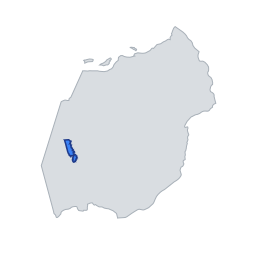 Itilima, Simiyu, United Republic of Tanzania (highlighted), rotated 255°
{"feature_id": "72390352B56378812232391", "entity_name": "Itilima", "entity_type": "district", "adm_level": 2, "iso_a3": "TZA", "parent_name": "United Republic of Tanzania", "parent_adm1": "Simiyu", "projection": "robinson", "projection_center": [34.228, -2.888], "detail": "fine", "context": "in_parent", "style": "filled", "palette": "blue", "viewbox_px": 256, "rotation_deg": 255, "n_neighbors": 0, "source": "geoboundaries", "source_scale": "gbopen_adm2", "svg_char_len": 6419}
<svg xmlns="http://www.w3.org/2000/svg" viewBox="0 0 256 256"><g transform="rotate(255 128 128)"><path d="M97.8,181.3L95.3,179.8L93.0,178.9L91.2,177.9L90.3,176.9L88.6,176.6L87.1,176.4L85.7,175.5L82.8,175.1L82.5,174.5L82.4,173.2L81.9,172.8L80.9,172.5L79.7,172.5L79.1,172.7L78.7,172.6L77.7,171.8L76.8,170.8L76.5,169.2L75.2,168.2L73.7,167.3L69.5,167.4L68.8,167.2L67.8,166.4L66.6,165.0L65.7,163.5L64.8,161.4L64.0,158.6L59.1,147.3L58.6,145.2L57.7,142.8L56.1,139.9L54.5,137.8L52.2,135.8L49.7,133.9L48.4,132.6L45.7,127.3L45.2,124.8L44.8,122.2L45.0,121.2L46.6,117.9L46.7,116.9L46.5,115.7L45.7,113.0L44.7,109.8L42.6,104.0L42.3,102.5L42.4,101.4L43.6,95.5L43.6,94.7L48.4,94.8L51.9,92.2L55.0,88.3L55.6,86.7L56.9,84.2L58.1,83.0L58.6,82.1L59.3,79.7L60.9,78.0L62.5,76.7L62.2,75.8L62.4,75.4L63.2,74.8L64.9,74.2L65.2,72.9L65.2,71.4L65.0,70.6L65.0,69.6L64.8,69.1L63.7,69.0L62.0,68.2L60.7,67.9L59.7,67.5L59.4,67.2L59.3,66.3L60.0,64.0L59.3,63.1L60.9,59.3L61.3,58.9L61.9,58.8L62.8,58.4L63.7,58.3L64.5,58.4L65.0,58.2L65.5,57.8L65.9,56.5L66.2,54.4L66.0,52.7L65.3,51.3L65.1,49.3L65.5,46.5L65.2,44.3L64.5,42.4L63.7,41.4L62.4,40.9L60.5,38.1L59.9,36.7L60.0,35.9L60.7,35.5L61.9,35.6L63.1,35.3L64.1,34.6L65.2,34.3L65.7,34.5L114.1,34.5L170.6,70.2L170.8,70.6L171.3,73.7L171.2,74.7L170.3,76.5L170.0,77.4L170.0,78.1L170.3,78.3L171.0,78.4L171.6,78.8L171.9,79.2L172.3,80.5L173.0,81.2L194.4,98.7L194.9,98.9L194.6,100.4L193.4,104.0L193.3,105.5L192.8,107.2L192.4,108.4L191.1,113.4L190.1,115.3L188.6,119.6L188.4,123.0L189.2,125.4L189.5,127.6L191.1,129.7L192.4,130.5L193.3,131.5L194.9,133.8L195.8,136.0L198.7,137.1L199.8,139.7L199.4,141.4L198.0,142.9L196.8,145.2L195.8,148.3L195.8,153.0L196.4,152.3L197.9,153.5L198.1,156.9L196.5,161.0L196.1,162.9L196.0,164.5L197.1,169.3L198.8,171.8L198.7,172.6L198.2,173.2L201.1,177.6L200.9,181.4L202.0,184.3L202.4,186.9L203.1,188.8L203.3,190.2L202.4,191.7L204.5,192.1L205.7,193.3L206.3,194.5L207.9,194.4L208.7,195.2L209.9,195.9L212.5,197.9L213.2,198.8L213.7,199.8L206.3,206.0L203.7,207.6L201.8,208.4L199.8,208.8L197.9,209.7L196.1,211.3L193.8,212.1L190.9,212.1L188.0,213.1L183.3,216.4L180.6,214.6L178.5,214.0L176.1,214.1L174.6,214.3L174.0,214.7L173.6,215.8L173.2,217.6L171.6,219.3L168.7,220.9L166.1,221.6L163.8,221.1L162.2,220.5L161.3,219.5L160.1,219.1L158.5,219.1L156.9,219.8L155.4,221.1L153.0,221.7L149.8,221.5L148.0,220.9L147.8,219.8L146.4,218.5L143.7,217.1L141.8,217.1L140.6,218.4L139.4,219.3L138.4,219.7L137.5,219.7L136.2,219.3L132.6,219.2L129.1,219.2L128.8,217.2L128.1,216.0L127.5,215.3L126.3,215.1L126.0,214.6L125.6,213.3L125.0,212.2L124.2,211.4L123.8,210.6L123.6,209.8L123.7,209.0L124.4,206.9L124.7,205.5L124.6,204.1L124.2,202.6L123.4,200.8L123.5,200.3L123.2,199.1L123.2,198.3L123.3,197.3L123.2,195.9L122.5,193.0L122.5,192.2L121.7,190.8L119.5,187.4L119.3,187.0L115.8,183.6L114.4,182.9L113.8,183.5L113.6,184.1L113.8,185.2L113.7,185.7L113.6,185.9L112.7,185.9L112.2,185.8L110.8,184.9L109.8,184.7L107.2,184.8L106.2,185.0L105.5,184.8L104.1,183.3L102.5,182.9L101.1,182.9L98.7,181.1L97.8,181.3ZM199.1,124.8L200.2,128.6L200.1,129.3L199.2,129.7L198.8,129.7L198.3,129.1L197.9,127.9L197.3,128.2L196.2,126.7L195.2,126.6L194.2,124.8L194.6,123.2L194.4,120.6L195.5,119.2L196.2,116.9L196.9,118.5L197.1,120.9L198.1,123.8L199.1,124.8ZM204.8,102.7L204.9,103.6L204.7,104.4L204.7,107.0L204.6,108.8L203.7,111.2L203.0,112.1L202.4,111.8L201.8,111.4L201.4,110.8L202.3,106.3L201.8,103.0L203.5,103.4L204.8,102.7ZM202.3,156.3L201.4,156.6L201.1,156.3L200.6,155.6L201.5,155.0L202.4,153.8L204.4,152.0L205.3,150.6L205.2,152.0L204.0,155.0L203.1,155.2L202.3,156.3Z" fill="#d9dde1" stroke="#a8b0b8" stroke-width="1"/><path d="M132.8,63.6L132.6,63.7L131.2,63.6L130.9,63.6L129.1,63.7L128.7,63.7L128.0,63.7L127.3,63.7L127.0,63.6L126.2,63.7L125.6,63.6L125.3,63.7L125.0,63.6L124.7,63.7L124.1,63.6L123.9,63.7L123.5,63.6L123.1,63.7L122.1,63.6L121.6,63.7L121.2,63.6L120.8,63.6L120.3,63.7L119.9,63.7L119.7,63.7L119.1,63.8L118.9,63.8L118.7,63.9L118.4,63.9L118.2,64.1L117.9,64.2L117.9,64.3L117.7,64.3L117.3,64.2L117.1,64.2L116.9,64.2L116.7,64.2L116.6,64.3L116.5,64.5L116.5,64.8L116.1,64.9L116.0,65.1L115.9,65.1L115.9,65.4L115.8,65.5L115.7,65.5L115.8,65.6L115.9,65.9L116.0,66.0L115.8,66.5L115.8,66.8L115.7,66.8L115.6,66.7L115.6,66.9L115.6,67.1L115.6,67.3L115.6,67.7L115.7,67.9L116.0,68.2L116.0,68.3L116.2,68.5L116.3,68.8L116.2,69.2L116.2,69.3L116.0,69.2L115.9,69.1L115.7,69.1L115.5,68.8L115.5,68.7L115.4,68.5L115.3,68.4L115.2,68.3L115.0,68.2L114.9,68.1L114.5,67.8L114.3,67.8L114.1,67.5L113.7,67.2L113.4,67.1L113.4,66.9L113.2,67.0L112.8,67.0L112.7,66.9L112.6,66.7L112.3,66.8L112.3,66.7L112.2,66.5L112.1,66.4L111.9,66.4L111.6,66.5L111.4,66.4L111.2,66.4L111.2,66.2L110.8,66.4L110.7,66.4L110.4,66.3L110.3,66.1L110.2,66.1L109.8,66.3L109.5,66.5L109.4,66.5L109.2,66.5L109.1,66.8L109.0,67.0L109.1,67.3L109.2,67.5L109.3,67.5L109.3,67.4L109.3,67.5L109.4,67.9L109.5,67.9L109.6,68.0L109.8,68.2L109.8,68.3L109.7,68.4L109.8,68.4L109.8,68.5L109.8,68.8L110.0,68.9L110.1,69.0L110.3,69.1L110.3,69.3L110.5,69.4L110.5,69.5L110.8,69.5L111.0,69.6L111.1,69.8L111.4,70.0L111.6,70.2L111.6,70.3L111.7,70.2L111.8,70.4L112.0,70.5L112.4,70.6L112.7,70.9L112.8,70.8L113.0,70.9L113.0,71.0L113.2,70.9L113.3,70.9L113.4,71.0L113.5,71.1L113.8,71.1L114.0,71.2L114.3,71.2L114.4,70.9L114.5,71.0L114.8,71.0L115.0,71.0L114.9,71.0L114.9,70.9L115.0,70.8L115.2,70.7L115.3,70.6L115.5,70.4L115.8,70.3L115.8,70.2L116.0,70.0L116.0,69.9L116.3,69.7L116.5,69.5L116.5,69.4L116.7,69.2L116.8,69.2L117.0,69.1L117.4,69.3L117.5,69.4L117.5,69.5L117.5,69.4L117.8,69.4L118.0,69.4L118.3,69.2L118.3,69.3L118.4,69.2L118.5,69.3L118.5,69.2L118.6,69.3L118.7,69.2L118.8,69.2L118.9,69.3L119.0,69.2L119.1,69.3L119.3,69.2L119.5,69.2L119.9,69.2L120.0,69.2L120.0,69.3L120.1,69.2L120.1,69.3L120.3,69.2L120.3,69.3L120.3,69.2L120.5,69.2L120.8,69.0L120.9,68.9L121.0,69.0L121.0,68.9L121.1,69.0L121.2,68.9L121.3,68.9L121.5,68.9L121.8,68.8L122.0,68.8L122.3,68.8L122.5,68.9L122.7,69.0L122.8,68.9L122.8,69.0L122.8,68.9L123.0,68.8L122.9,68.7L123.0,68.6L123.3,68.6L123.5,68.6L123.8,68.4L123.8,68.5L124.0,68.5L124.1,68.4L124.3,68.4L124.5,68.2L124.8,68.2L125.1,68.2L125.3,68.2L125.5,68.2L125.6,68.3L125.6,68.2L125.8,68.2L125.8,68.3L126.3,68.4L126.5,68.4L126.6,68.5L126.8,68.5L126.9,68.4L127.0,68.4L127.4,68.4L128.0,68.4L128.0,67.7L129.6,69.2L129.6,69.4L130.0,69.4L129.9,69.1L130.1,68.8L130.4,68.8L130.6,68.7L130.8,68.5L130.8,68.4L131.3,68.2L131.7,67.9L132.0,67.7L132.6,64.7L132.8,63.6Z" fill="#3b82f6" stroke="#1e3a8a" stroke-width="1.5"/></g></svg>